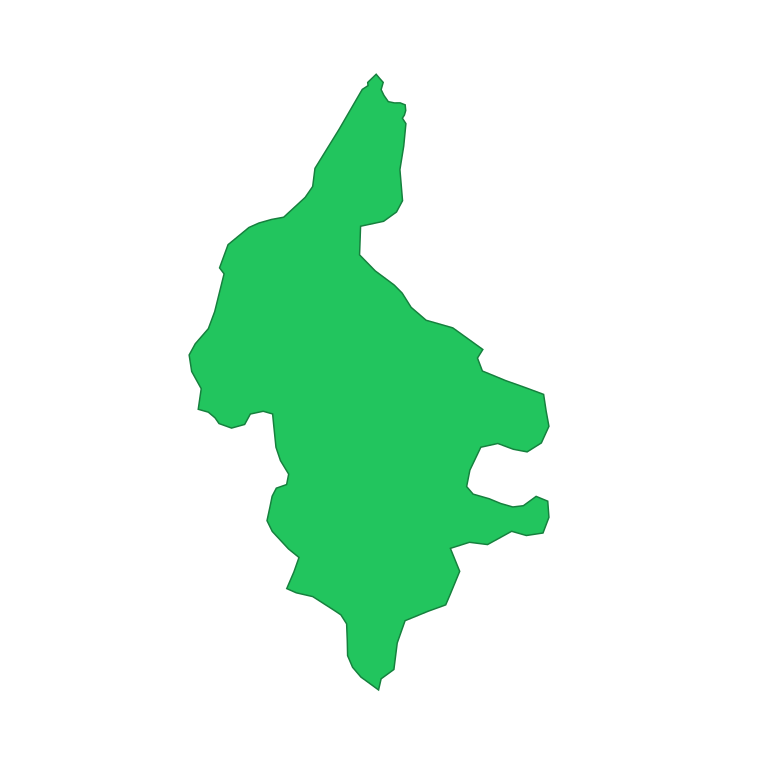 the district of Yeongam-gun, South Jeolla, South Korea, rotated 106°
{"feature_id": "91817680B36456413113015", "entity_name": "Yeongam-gun", "entity_type": "district", "adm_level": 2, "iso_a3": "KOR", "parent_name": "South Korea", "parent_adm1": "South Jeolla", "projection": "mercator", "projection_center": [126.62, 34.807], "detail": "fine", "context": "isolated", "style": "filled", "palette": "green", "viewbox_px": 768, "rotation_deg": 106, "n_neighbors": 0, "source": "geoboundaries", "source_scale": "gbopen_adm2", "svg_char_len": 1583}
<svg xmlns="http://www.w3.org/2000/svg" viewBox="0 0 768 768"><g transform="rotate(106 384 384)"><path d="M655.7,295.8L629.3,299.9L605.7,298.5L590.4,279.1L579.3,263.8L568.2,262.4L543.2,259.6L523.7,274.9L512.6,258.2L509.8,240.2L490.4,220.7L490.4,205.4L483.4,190.1L466.7,188.7L451.5,194.3L450.1,206.8L462.6,216.5L466.7,226.3L466.7,238.8L465.3,251.3L465.3,268.0L459.8,276.3L443.1,277.7L418.1,273.5L409.8,258.2L411.1,241.6L409.8,227.7L397.3,216.5L379.2,213.8L365.3,220.7L350.0,227.7L348.6,245.7L347.2,268.0L344.4,293.0L333.3,301.3L323.6,298.5L311.1,333.3L311.1,361.1L302.8,379.1L291.6,391.6L286.1,401.4L277.7,423.6L266.6,443.1L238.8,450.0L227.7,429.2L215.2,419.4L202.7,416.7L173.5,427.8L149.9,430.6L127.7,434.7L123.4,439.6L119.9,438.5L115.1,438.5L109.8,440.6L109.7,441.9L109.3,446.0L110.9,451.3L111.4,457.7L106.6,463.6L101.8,467.9L94.3,467.9L91.3,472.6L88.4,476.9L98.6,482.8L101.6,481.6L106.8,486.1L151.3,497.3L195.7,509.8L213.8,507.0L226.3,511.2L251.3,526.4L256.9,537.6L263.8,548.7L270.8,557.0L293.0,572.3L317.7,574.1L322.2,568.1L361.1,566.7L379.2,568.1L397.3,576.5L409.8,579.3L425.0,572.3L438.9,558.4L459.5,555.6L459.5,545.1L463.1,537.1L467.5,531.7L468.4,518.4L461.3,506.8L449.7,504.2L443.5,492.6L443.5,482.8L452.4,479.3L474.6,470.4L486.2,462.4L496.9,450.8L507.5,449.9L513.8,458.8L522.7,460.6L534.2,459.7L547.6,458.8L556.5,450.8L568.9,430.3L574.2,417.9L589.4,418.8L607.5,421.1L608.9,410.8L608.0,393.9L615.2,369.9L617.8,361.8L624.9,353.8L641.0,348.5L655.2,344.1L665.0,336.1L672.1,325.4L679.6,304.9L668.2,305.5L655.7,295.8Z" fill="#22c55e" stroke="#15803d" stroke-width="1.5"/></g></svg>